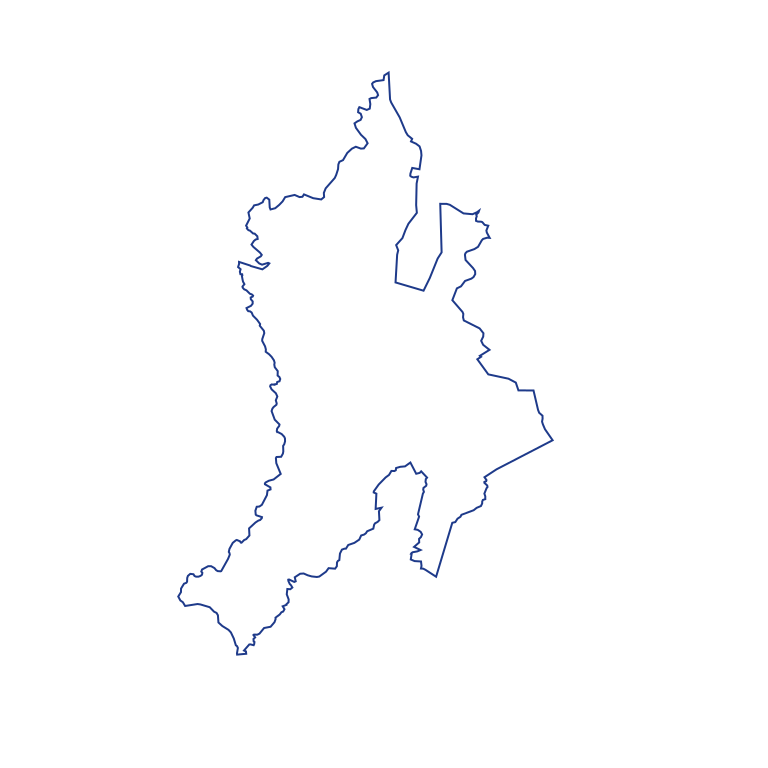 Banderilla, Veracruz, Mexico (Natural Earth projection), rotated 106°
{"feature_id": "50627088B79728757861785", "entity_name": "Banderilla", "entity_type": "district", "adm_level": 2, "iso_a3": "MEX", "parent_name": "Mexico", "parent_adm1": "Veracruz", "projection": "natural_earth1", "projection_center": [-96.939, 19.59], "detail": "fine", "context": "isolated", "style": "outline", "palette": "blue", "viewbox_px": 768, "rotation_deg": 106, "n_neighbors": 0, "source": "geoboundaries", "source_scale": "gbopen_adm2", "svg_char_len": 6160}
<svg xmlns="http://www.w3.org/2000/svg" viewBox="0 0 768 768"><g transform="rotate(106 384 384)"><path d="M684.6,450.6L681.3,442.1L679.1,443.0L678.8,445.1L678.1,444.8L671.5,441.7L671.1,440.5L671.0,437.3L669.8,437.1L667.7,437.4L667.4,438.3L665.1,439.2L663.1,438.0L661.3,440.3L660.7,439.9L659.9,436.7L658.3,434.9L651.6,432.0L648.6,426.1L643.1,423.6L639.8,423.4L638.5,423.9L634.3,420.7L631.7,419.7L630.5,418.2L627.9,417.6L625.6,420.1L623.2,416.9L622.7,417.1L620.1,415.6L617.3,416.3L613.0,419.5L607.7,420.4L607.1,417.5L604.9,416.0L603.1,417.9L602.2,419.5L599.6,421.7L598.5,422.1L598.1,421.4L599.0,415.7L598.0,414.5L594.4,416.5L589.5,412.3L588.3,409.0L588.9,404.6L588.9,400.5L588.0,395.3L586.9,393.1L580.4,388.0L576.3,386.5L575.0,380.1L572.2,379.1L568.4,380.0L566.7,379.5L565.6,378.4L559.1,379.6L554.8,378.8L553.2,376.6L552.8,375.2L548.6,374.0L544.9,368.7L540.4,364.9L535.9,364.2L534.2,361.6L532.5,360.3L530.2,359.6L526.0,354.4L522.1,354.7L520.5,354.3L518.3,352.1L516.1,350.9L507.7,353.8L503.6,352.3L506.4,357.6L491.5,361.1L491.1,364.0L490.0,364.2L482.1,361.4L473.4,356.7L470.0,354.1L465.5,352.9L464.8,350.0L463.7,348.9L461.4,349.2L459.1,345.5L457.4,341.1L452.2,337.0L461.4,328.3L459.6,325.2L457.7,324.2L462.1,316.8L463.9,317.6L466.7,317.1L468.6,315.5L470.2,315.4L473.0,317.4L474.7,317.2L476.7,315.9L478.7,316.4L499.9,315.4L501.8,313.7L515.2,314.4L514.9,311.4L516.0,308.0L518.1,305.9L521.0,306.3L523.2,307.6L526.6,306.5L532.3,310.2L533.5,303.1L535.7,305.8L537.8,310.0L538.8,310.9L539.8,311.2L539.8,310.6L545.3,309.9L545.8,305.8L544.4,299.5L548.5,297.8L551.2,297.6L550.7,295.4L551.2,292.9L554.9,280.8L498.6,280.1L497.1,277.4L493.2,276.2L490.5,273.9L488.4,273.5L480.6,263.0L477.5,260.8L474.6,257.2L471.8,256.7L469.9,257.2L468.2,257.0L466.8,254.9L464.0,255.7L461.7,257.3L455.9,256.7L454.5,256.1L453.1,256.8L451.3,260.3L450.4,260.5L449.3,259.0L448.1,259.0L445.9,261.7L435.0,252.3L391.6,206.4L383.1,216.8L378.9,220.2L376.6,221.7L373.6,222.0L370.8,222.9L368.9,226.9L366.4,228.8L349.0,238.5L353.1,253.0L346.3,257.7L344.6,265.8L346.0,286.4L334.5,301.1L331.1,298.2L330.5,299.6L322.1,292.0L319.0,299.5L315.7,302.5L311.1,301.7L307.8,302.4L304.2,307.4L300.9,324.8L298.1,326.4L294.7,327.1L293.1,328.4L284.6,341.4L272.0,340.3L268.9,336.9L262.6,334.5L258.6,329.0L256.5,327.4L253.2,326.6L250.3,327.6L248.0,330.4L242.3,339.8L237.5,341.8L236.0,341.8L234.0,340.8L229.4,334.3L226.2,331.4L218.9,329.6L217.2,328.7L214.9,325.1L214.4,322.7L210.1,326.9L208.2,327.9L203.1,327.4L203.3,331.1L201.3,334.1L201.2,335.3L202.0,338.6L201.8,340.5L199.4,341.2L197.1,341.1L195.9,342.0L193.1,340.5L191.2,340.4L193.2,341.9L196.4,345.7L198.1,354.6L193.6,370.1L193.6,373.4L195.3,379.6L241.6,364.9L248.6,367.0L269.5,369.2L283.4,371.7L283.2,400.9L256.1,407.0L251.6,407.2L247.1,410.6L238.7,406.5L230.1,405.8L223.2,404.7L210.4,399.6L203.2,402.4L182.3,407.9L175.3,408.5L177.3,412.6L177.2,414.9L176.6,416.2L174.4,416.6L168.5,416.4L167.8,409.1L153.9,411.0L149.8,412.6L145.8,415.3L144.2,419.4L143.4,424.9L140.6,424.5L138.4,429.7L135.9,432.4L123.4,442.4L111.4,454.7L108.8,456.6L83.4,465.4L87.3,468.8L92.0,468.2L95.1,475.2L97.2,477.6L98.8,478.2L101.6,476.4L105.6,470.9L108.0,469.3L110.8,470.4L112.7,475.1L114.0,476.5L118.7,474.3L123.2,473.6L125.3,476.1L124.7,484.0L126.8,484.4L129.9,483.8L130.6,480.9L133.6,478.8L136.6,479.3L138.9,482.0L141.6,484.2L145.5,481.6L150.8,474.8L153.7,469.3L157.1,466.1L163.1,468.3L164.1,471.1L163.7,476.5L166.6,479.7L172.0,483.0L180.1,485.1L182.7,488.1L185.5,488.4L190.1,487.4L196.2,487.6L199.5,488.1L212.0,494.0L216.9,494.5L220.8,493.1L223.9,495.2L224.9,503.3L223.8,513.2L226.5,514.0L227.6,516.7L226.9,522.0L231.6,530.5L236.4,531.8L240.7,534.1L245.0,537.0L247.5,541.2L245.8,542.5L238.4,545.1L237.2,548.1L238.0,549.5L240.4,550.5L242.7,550.7L246.1,554.3L248.1,558.1L250.8,558.8L256.5,561.6L261.9,558.7L269.8,560.2L271.3,558.5L272.3,558.7L273.5,556.7L273.5,555.2L275.4,551.3L275.1,549.8L276.9,546.5L279.4,545.4L280.5,547.2L282.4,548.5L286.5,549.8L288.2,547.4L291.9,539.4L293.6,537.1L295.2,537.6L298.5,540.7L300.3,541.3L302.5,537.2L302.9,534.1L299.5,528.8L299.7,527.5L302.6,528.7L307.3,532.5L307.3,544.6L307.0,545.3L306.6,557.0L308.6,556.4L311.8,556.5L313.2,553.5L315.8,553.5L318.0,552.3L317.6,550.6L318.7,550.1L319.3,550.4L322.9,548.6L324.5,547.7L326.5,545.7L329.3,546.9L330.3,546.4L331.5,544.6L331.9,542.0L334.2,537.8L334.3,535.8L335.1,534.2L336.1,534.3L337.6,536.0L339.2,535.4L340.8,533.0L343.0,532.4L345.5,533.4L348.9,537.1L350.3,536.1L351.4,534.6L351.1,532.7L351.8,530.9L354.4,528.8L357.2,523.8L360.5,519.6L362.2,519.5L365.9,514.2L368.1,513.1L374.4,513.4L376.1,513.0L380.6,508.7L383.3,507.1L385.6,506.6L387.1,502.6L388.9,499.5L391.6,496.3L393.7,495.0L395.6,494.8L398.0,493.6L400.9,489.7L405.2,488.6L406.1,486.5L407.8,485.1L410.2,485.2L411.5,487.2L413.6,487.1L414.5,489.2L414.9,489.1L415.4,491.9L416.5,492.8L417.7,492.8L420.1,490.6L422.7,485.4L425.4,483.1L429.5,483.5L432.2,481.8L433.6,481.7L436.6,483.8L438.4,484.5L441.0,484.6L448.4,479.2L451.7,473.3L453.2,473.2L456.3,474.4L458.8,474.1L459.7,473.4L459.5,472.6L460.3,468.6L462.2,465.4L463.6,464.2L466.4,463.3L469.4,463.3L471.3,463.9L476.6,462.2L478.8,462.0L482.3,462.8L483.8,467.2L485.0,467.5L489.8,465.7L498.9,458.5L506.2,463.8L508.7,468.0L511.3,470.7L512.4,471.1L513.2,470.8L514.7,464.7L516.6,464.0L518.6,466.6L523.1,465.9L533.8,468.1L536.1,470.0L537.1,472.5L541.3,472.7L544.9,471.3L545.4,470.4L545.6,464.6L546.8,464.5L548.9,465.6L549.9,467.1L552.6,469.4L560.0,473.9L566.7,471.6L571.1,473.7L572.5,475.4L575.8,477.2L575.9,478.0L574.9,479.0L574.5,482.5L575.2,483.4L578.4,485.6L585.1,487.1L588.2,486.9L589.1,485.9L590.6,485.2L595.1,485.7L608.7,488.9L609.1,489.4L609.7,492.3L609.2,494.1L607.7,496.2L606.8,499.9L607.6,502.8L612.5,507.8L614.7,507.9L615.5,506.6L616.8,506.4L618.0,506.6L619.3,507.8L620.3,509.2L621.0,511.6L620.8,513.2L619.4,514.7L619.9,517.9L622.5,519.6L624.7,519.7L628.3,518.8L629.6,519.2L631.1,521.2L636.6,522.7L640.0,521.8L645.0,523.2L648.2,520.1L649.2,517.2L652.2,514.0L646.9,502.6L646.5,499.7L646.6,490.0L649.7,484.6L650.2,481.9L652.1,479.9L658.9,477.4L661.2,472.7L663.2,465.7L665.0,462.7L670.1,458.2L676.0,454.4L676.5,453.0L678.0,451.7L683.4,451.1L684.6,450.6Z" fill="none" stroke="#1e3a8a" stroke-width="2"/></g></svg>